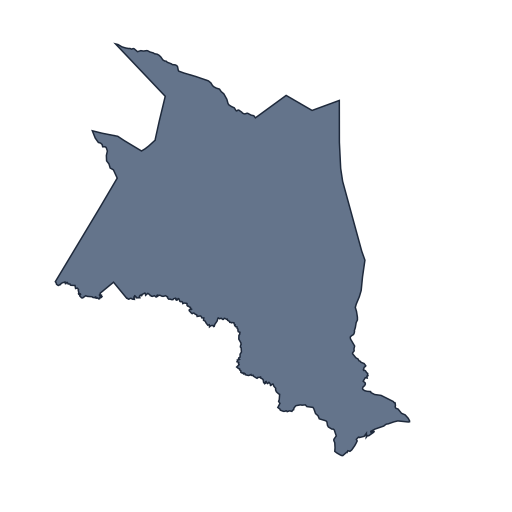 outline of Moung Ruessei, Batdâmbâng, Cambodia, rotated 104°
{"feature_id": "14789045B86476324450115", "entity_name": "Moung Ruessei", "entity_type": "district", "adm_level": 2, "iso_a3": "KHM", "parent_name": "Cambodia", "parent_adm1": "Batdâmbâng", "projection": "albers", "projection_center": [103.606, 12.852], "detail": "fine", "context": "isolated", "style": "filled", "palette": "slate", "viewbox_px": 512, "rotation_deg": 104, "n_neighbors": 0, "source": "geoboundaries", "source_scale": "gbopen_adm2", "svg_char_len": 6109}
<svg xmlns="http://www.w3.org/2000/svg" viewBox="0 0 512 512"><g transform="rotate(104 256 256)"><path d="M405.8,138.0L411.2,134.6L415.0,136.1L416.3,135.8L418.1,134.4L423.0,132.9L426.5,132.3L427.6,129.8L428.5,126.6L428.9,124.8L428.7,123.5L424.5,120.6L424.6,120.1L422.7,119.7L422.8,117.6L421.0,116.2L416.1,114.3L413.4,113.6L411.0,113.1L409.6,114.3L407.4,113.1L406.8,112.4L407.2,112.0L407.0,111.5L404.8,107.4L401.4,106.0L405.3,105.2L403.2,104.3L403.2,103.2L398.8,99.4L397.4,98.6L399.3,101.7L398.4,102.2L395.1,98.6L390.1,90.9L388.0,89.3L387.4,88.5L387.0,87.3L383.6,82.1L381.7,78.5L380.2,68.0L379.7,66.9L378.8,67.1L376.6,69.1L374.1,72.8L373.4,76.8L370.1,81.2L370.0,83.1L369.6,83.8L368.7,84.5L367.4,84.5L365.3,85.3L364.7,85.7L364.9,86.4L364.0,87.6L361.0,100.9L361.7,107.4L360.7,111.5L359.8,112.0L360.4,115.5L360.4,117.9L359.6,120.1L358.6,120.6L357.3,120.5L355.4,119.2L353.7,118.9L352.6,119.5L351.6,121.7L351.1,121.6L347.6,120.5L347.5,118.6L346.1,119.3L345.5,119.2L345.4,118.6L344.8,118.4L344.1,119.0L342.9,119.2L342.4,120.5L341.0,121.9L340.6,123.1L341.0,123.7L340.5,124.3L337.8,124.1L336.7,123.1L336.0,122.9L334.2,125.1L333.7,128.6L333.0,129.1L332.7,130.8L331.3,132.0L330.6,134.5L327.4,138.7L326.5,138.8L324.3,137.8L322.4,138.5L319.5,138.5L313.7,144.2L312.3,144.8L311.7,144.9L310.2,144.0L308.6,142.4L307.1,142.1L305.6,142.1L304.7,142.5L301.4,142.3L296.4,142.7L293.5,142.1L290.8,142.8L285.4,145.1L281.9,147.2L278.5,147.1L270.6,145.9L264.0,145.6L250.4,147.6L233.7,149.3L225.7,154.6L162.6,190.0L150.6,195.0L125.5,202.6L84.9,212.8L101.2,236.8L92.9,265.6L122.1,290.0L120.4,292.1L120.5,294.8L119.6,298.3L119.6,299.2L120.8,301.1L120.9,302.1L120.6,303.7L119.9,304.6L118.6,308.0L118.8,308.8L119.9,309.8L119.8,310.5L117.5,312.9L116.9,316.0L116.0,318.7L114.9,320.0L111.0,322.2L106.4,326.5L104.9,329.6L102.9,331.8L102.7,335.2L102.0,337.9L101.1,339.5L99.0,341.6L97.6,344.5L96.4,357.9L95.9,370.1L95.3,375.7L94.5,376.4L91.3,377.9L90.4,379.0L90.1,380.7L90.5,383.5L90.0,384.7L89.5,388.9L88.7,390.3L88.9,391.7L88.6,392.8L88.2,393.9L85.9,396.5L84.7,398.6L84.1,400.7L84.3,403.4L83.8,404.7L83.7,408.3L83.1,410.6L83.1,411.6L84.4,414.8L84.6,417.4L86.4,420.4L84.4,424.4L84.4,425.3L85.4,426.8L85.1,428.5L85.5,429.9L85.7,432.7L85.5,436.7L84.2,441.0L84.2,443.6L123.0,382.7L148.8,382.5L167.2,382.0L167.9,381.8L175.5,386.9L179.0,389.7L181.8,392.5L175.9,411.8L173.3,419.1L174.1,435.0L174.1,445.1L180.5,440.5L184.0,436.4L184.0,434.3L185.0,432.3L187.1,431.2L186.5,428.7L187.0,427.6L190.1,425.6L194.7,425.5L199.8,424.0L202.3,420.9L205.9,418.8L206.9,415.2L214.0,409.5L247.8,419.5L329.5,444.5L330.3,443.5L331.7,442.7L332.4,440.9L332.3,440.3L331.2,439.5L331.1,438.8L329.9,438.5L328.3,436.7L328.2,436.0L327.4,435.1L329.0,434.2L328.9,433.8L327.5,433.3L327.3,432.6L328.6,431.6L328.2,429.7L329.0,429.2L329.2,428.6L328.4,424.5L331.2,423.2L330.4,421.6L331.5,420.1L332.6,420.1L334.0,419.2L335.6,419.1L336.1,418.6L336.0,418.1L335.2,417.8L335.2,417.3L335.8,416.9L336.7,417.5L337.4,417.3L338.8,415.1L338.6,414.0L335.7,411.6L336.0,409.9L335.2,405.2L335.7,404.1L335.5,402.9L334.5,401.6L334.9,401.2L335.5,401.4L335.5,400.2L335.0,399.6L335.7,398.0L335.0,397.2L334.0,397.5L333.2,396.9L333.6,396.6L333.6,396.0L332.5,395.6L332.2,396.3L331.5,396.5L332.5,397.8L332.1,398.3L331.7,398.5L330.6,397.9L329.8,398.2L315.9,387.9L328.3,371.2L328.1,370.7L328.8,369.4L328.2,368.3L327.5,367.8L327.3,366.4L327.8,365.7L327.5,363.5L326.7,363.9L327.0,364.4L325.2,364.4L325.3,364.0L324.9,363.8L324.0,364.0L324.1,363.4L324.7,363.2L324.6,362.6L325.6,362.1L324.6,358.6L323.4,359.4L322.3,359.0L322.2,358.4L321.7,358.2L322.3,357.7L322.1,357.3L320.7,357.0L318.9,355.0L319.0,354.4L320.8,353.6L318.4,351.9L319.3,349.6L320.0,349.1L320.0,348.0L320.3,347.7L320.2,346.6L319.1,345.0L320.0,343.0L319.0,341.8L318.3,342.6L317.8,342.3L317.8,340.7L317.3,339.8L317.8,337.4L317.5,335.9L316.4,334.3L317.1,331.9L317.9,331.8L319.0,330.3L318.6,328.7L318.8,327.5L318.5,326.1L317.4,325.6L316.4,323.8L316.7,323.2L317.8,323.2L318.1,322.4L317.9,321.9L316.1,321.2L316.1,320.6L318.4,318.9L318.6,318.4L318.2,316.9L318.6,316.2L319.9,315.5L319.0,314.3L318.7,311.7L319.1,311.2L319.7,311.3L320.7,310.9L321.2,310.1L321.0,309.3L321.6,308.4L321.7,307.2L322.9,306.6L323.2,305.7L323.6,306.0L323.6,307.1L324.2,307.7L325.2,307.6L327.0,304.9L327.4,304.0L326.6,303.2L326.4,302.5L327.3,300.6L327.3,299.4L328.9,298.5L327.6,295.5L327.8,294.7L329.2,293.5L328.7,291.7L331.0,291.4L331.6,289.5L333.2,288.1L334.8,286.0L334.0,284.7L336.0,284.0L334.6,283.0L334.1,282.0L333.8,280.7L334.7,280.1L334.4,279.5L332.3,279.4L328.5,278.0L325.5,277.9L325.2,277.6L325.7,276.1L324.8,274.8L325.6,272.8L325.4,272.3L324.1,271.7L324.1,270.8L324.6,269.0L324.3,268.6L325.3,267.9L325.9,265.9L326.7,265.4L326.5,264.2L326.8,263.7L326.3,262.8L326.1,261.3L327.2,260.8L327.9,259.6L328.5,259.9L329.5,258.7L329.4,257.3L330.9,256.7L331.3,255.8L333.0,255.4L333.8,254.8L333.9,253.1L336.1,252.9L337.0,253.4L340.8,252.6L343.9,249.7L345.5,249.0L346.1,249.3L348.0,249.2L348.7,248.2L352.7,246.9L355.1,247.7L357.9,247.0L359.1,248.1L359.8,248.1L360.4,247.1L361.4,248.9L361.8,248.6L363.2,248.9L363.4,247.0L364.7,247.0L365.5,246.1L368.4,247.9L369.5,245.6L369.4,244.7L370.6,244.1L371.0,243.0L372.6,242.5L372.6,241.4L373.0,241.1L372.5,239.5L373.4,239.4L372.9,238.1L373.8,237.6L373.8,235.2L373.7,234.1L372.2,232.2L372.9,231.8L372.9,231.0L372.4,230.0L373.2,229.4L374.4,225.7L374.4,225.3L373.2,224.7L373.2,223.7L372.3,222.3L373.4,221.7L373.6,220.4L374.2,219.2L377.1,217.9L376.8,216.8L377.7,216.6L377.4,216.2L375.6,216.2L375.3,215.8L376.9,214.4L377.0,213.8L375.4,212.9L375.6,212.5L376.8,211.1L377.9,210.8L378.1,210.4L376.3,209.1L376.2,208.4L378.1,207.1L379.6,204.9L381.2,204.6L382.8,203.4L384.3,200.7L384.5,199.6L389.7,198.7L391.6,198.9L393.2,197.1L397.7,198.2L398.8,195.7L399.7,195.1L400.1,191.8L399.7,190.3L399.0,189.6L398.9,188.9L399.5,188.1L398.1,186.0L398.1,183.6L396.7,183.1L396.1,182.3L394.5,182.4L392.3,181.5L391.5,180.9L389.7,176.9L389.6,175.2L388.5,172.1L389.8,170.2L389.1,164.1L390.3,162.9L394.5,160.1L396.0,157.2L398.7,155.2L399.0,148.3L399.9,147.0L403.0,145.7L404.4,144.4L405.6,140.6L405.3,139.1L405.8,138.0Z" fill="#64748b" stroke="#1e293b" stroke-width="1.5"/></g></svg>